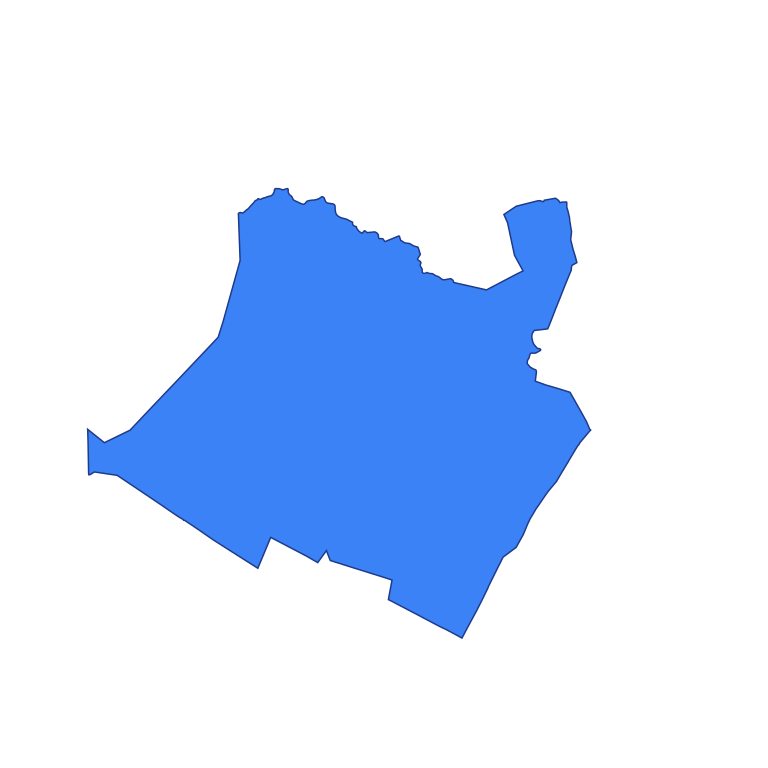 Sannicolau Mare, Timis, Romania, rotated 39°
{"feature_id": "2599482B9375831214332", "entity_name": "Sannicolau Mare", "entity_type": "district", "adm_level": 2, "iso_a3": "ROU", "parent_name": "Romania", "parent_adm1": "Timis", "projection": "robinson", "projection_center": [20.591, 46.058], "detail": "fine", "context": "isolated", "style": "filled", "palette": "blue", "viewbox_px": 768, "rotation_deg": 39, "n_neighbors": 0, "source": "geoboundaries", "source_scale": "gbopen_adm2", "svg_char_len": 5018}
<svg xmlns="http://www.w3.org/2000/svg" viewBox="0 0 768 768"><g transform="rotate(39 384 384)"><path d="M401.9,606.6L392.5,574.5L432.3,566.5L444.9,564.5L444.1,549.7L453.3,555.0L477.2,545.6L508.0,533.4L513.6,531.3L523.1,548.8L525.8,548.2L529.0,547.5L532.8,546.8L561.0,541.1L561.3,541.1L574.4,538.5L581.6,537.0L586.3,535.8L590.6,535.0L599.9,533.2L604.5,532.4L602.0,519.8L598.6,501.6L595.9,489.1L593.2,477.3L592.7,476.0L589.6,462.2L587.6,453.3L587.0,450.4L585.5,443.6L589.5,427.8L587.0,413.4L585.3,407.6L584.9,406.3L583.5,401.4L583.0,399.0L582.5,397.5L582.0,394.0L580.8,385.7L580.7,384.7L580.4,379.9L580.1,376.9L579.3,366.6L579.3,365.9L579.2,365.0L579.2,362.7L579.3,354.4L579.4,351.5L577.9,341.6L576.5,331.4L576.1,328.4L575.9,327.5L574.2,315.7L573.5,310.3L573.6,308.0L573.3,307.4L573.2,305.9L573.2,303.5L573.3,300.1L573.4,293.0L573.6,289.7L572.3,289.6L571.8,289.4L569.7,288.3L565.0,285.8L555.7,282.0L549.6,279.6L535.2,273.9L533.7,273.4L526.6,276.2L515.6,280.7L510.0,283.1L499.8,286.6L495.3,279.4L494.9,278.7L493.3,277.5L492.1,277.8L490.9,278.2L490.2,278.4L488.5,278.6L487.6,278.8L486.4,278.8L484.8,278.5L482.9,278.1L482.0,277.5L481.0,276.0L480.6,274.8L480.4,273.6L480.3,272.5L478.8,269.1L478.7,268.5L478.8,267.8L479.1,267.3L479.5,266.9L482.0,265.0L482.7,263.9L484.4,259.6L484.3,258.8L482.9,258.5L481.3,259.5L480.8,259.7L480.0,259.7L475.6,258.9L473.0,257.6L469.4,254.6L468.4,253.2L467.5,251.5L467.0,248.0L467.2,247.7L473.7,241.1L476.1,238.6L476.5,237.9L473.9,229.4L470.1,217.6L466.5,205.9L462.8,194.2L459.3,182.6L458.0,178.0L456.1,175.1L455.5,173.8L455.5,173.4L455.7,172.8L457.5,168.3L452.7,164.7L446.1,160.3L442.7,157.7L438.4,154.5L436.9,152.3L434.9,149.1L433.9,147.6L430.8,144.9L428.4,142.7L426.8,141.3L424.8,139.4L423.5,138.0L421.7,136.6L418.4,134.0L415.1,131.8L414.1,130.8L412.1,128.2L411.3,127.7L407.8,130.7L406.6,132.3L405.5,131.9L404.9,131.7L403.7,131.5L402.1,131.6L401.1,131.6L400.3,131.8L392.9,140.3L393.2,141.0L392.9,142.1L391.3,142.8L389.8,143.4L388.1,145.0L374.9,162.6L370.5,176.8L378.5,180.9L404.5,201.9L420.9,208.6L418.2,214.4L404.4,246.4L374.4,261.2L373.4,260.6L372.5,260.1L371.8,259.9L370.4,260.0L369.6,260.1L365.1,265.3L363.2,266.2L360.0,266.2L358.1,266.5L356.4,267.2L352.4,267.7L351.8,268.0L351.1,268.6L350.2,269.1L349.4,269.6L348.4,270.0L347.1,270.4L346.7,271.4L346.2,272.2L345.1,273.1L344.7,273.2L344.2,273.2L343.7,273.1L343.2,273.0L341.5,270.8L338.2,269.5L337.6,269.1L337.2,268.6L336.8,267.9L336.8,267.5L336.7,267.1L336.5,266.7L336.0,266.3L335.1,265.9L332.3,266.2L331.9,266.1L331.6,266.0L331.3,265.6L330.7,260.4L327.2,258.1L324.6,256.4L324.3,256.4L323.8,256.4L323.5,256.6L320.3,258.0L315.5,258.7L311.3,261.3L306.4,261.8L303.0,259.5L302.8,259.6L302.5,259.6L302.3,259.7L295.3,272.5L295.0,272.6L294.7,272.7L292.0,271.9L291.7,271.9L291.3,272.1L288.7,274.0L288.4,274.1L288.1,274.1L286.1,272.0L285.8,271.9L285.3,271.5L284.8,271.4L284.3,271.2L283.9,271.2L283.2,271.1L282.6,271.2L282.1,271.3L281.5,271.5L281.1,271.6L275.9,276.7L275.7,276.9L275.1,277.0L273.0,277.0L272.7,277.0L272.3,277.4L272.1,280.6L271.9,280.7L268.7,281.1L265.0,280.3L263.8,279.4L263.6,279.3L263.4,279.2L263.1,279.2L262.2,279.7L261.3,280.0L260.6,279.9L260.1,279.9L259.6,279.9L259.3,279.8L259.0,279.5L258.1,278.4L257.6,278.1L257.4,278.1L254.0,279.0L252.8,279.1L251.6,279.4L250.4,279.8L249.0,280.5L247.0,281.4L245.7,281.9L244.7,282.1L243.3,282.4L242.5,282.4L241.4,282.4L240.1,282.0L239.5,281.8L237.7,280.5L236.8,279.7L233.9,276.5L233.4,276.1L233.0,276.0L232.4,275.9L231.8,275.9L231.1,276.1L230.7,276.3L226.3,278.9L225.8,279.0L224.8,279.1L224.4,279.1L223.3,278.7L221.8,277.9L220.3,277.0L219.8,277.0L219.2,277.0L218.6,277.1L217.9,277.5L216.5,281.6L214.5,284.4L211.3,287.5L209.5,289.8L209.2,290.2L209.1,290.7L209.0,292.1L209.1,293.0L208.8,294.1L208.5,294.7L208.2,295.1L207.6,295.4L205.7,296.1L200.0,297.5L199.1,297.8L198.5,297.8L198.2,297.8L197.6,297.8L196.5,297.4L195.6,296.9L194.9,296.6L194.2,296.3L191.7,296.3L191.0,296.2L190.2,295.9L189.2,295.4L188.7,295.0L188.1,294.5L187.9,294.1L187.5,293.5L187.1,293.1L186.5,292.8L186.1,292.9L185.7,293.1L185.4,293.5L183.8,296.0L183.4,296.5L183.0,296.8L182.2,297.2L180.8,297.7L179.8,298.1L177.2,300.0L176.6,300.5L176.5,301.1L176.6,301.7L176.7,302.3L177.3,302.7L177.7,303.8L178.2,306.3L178.1,308.0L177.6,309.1L177.0,309.8L176.8,310.3L176.2,310.8L175.8,311.5L175.0,312.7L174.6,313.6L174.3,314.1L173.4,315.1L172.6,316.6L172.2,317.4L172.1,318.0L171.7,318.4L171.0,318.7L169.9,319.0L169.4,319.5L169.7,320.3L169.6,320.7L169.1,321.3L168.8,322.1L168.5,323.1L168.7,324.4L168.3,328.9L168.3,331.2L168.0,334.0L167.6,335.3L166.9,339.4L166.4,340.1L165.8,340.5L164.7,341.1L164.3,341.2L163.8,342.0L163.6,342.6L163.5,343.1L194.4,378.5L219.6,436.6L225.7,452.0L221.9,501.5L218.3,545.9L215.7,579.7L211.4,588.9L203.6,605.6L182.2,605.7L183.4,607.0L185.5,609.5L189.9,614.6L210.3,638.9L211.6,640.3L212.6,639.5L214.3,634.6L234.3,622.8L235.2,622.8L269.7,619.7L290.3,617.9L297.5,617.4L307.8,616.5L313.1,615.7L314.0,616.0L315.0,615.4L328.5,614.2L350.5,612.5L401.9,606.6Z" fill="#3b82f6" stroke="#1e3a8a" stroke-width="1.5"/></g></svg>